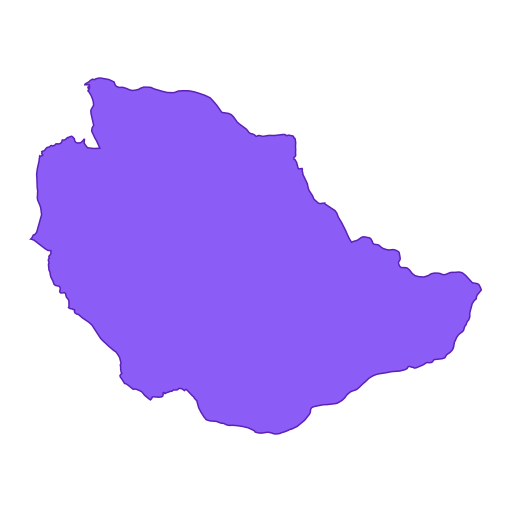 the district of Sarateni, Mures, Romania
{"feature_id": "2599482B70321377135437", "entity_name": "Sarateni", "entity_type": "district", "adm_level": 2, "iso_a3": "ROU", "parent_name": "Romania", "parent_adm1": "Mures", "projection": "natural_earth1", "projection_center": [25.019, 46.575], "detail": "fine", "context": "isolated", "style": "filled", "palette": "violet", "viewbox_px": 512, "rotation_deg": 0, "n_neighbors": 0, "source": "geoboundaries", "source_scale": "gbopen_adm2", "svg_char_len": 5922}
<svg xmlns="http://www.w3.org/2000/svg" viewBox="0 0 512 512"><path d="M445.0,357.6L445.9,355.9L446.7,354.7L450.2,352.3L452.2,350.1L452.8,349.1L453.2,348.2L453.7,346.5L454.4,342.3L455.5,340.1L456.6,337.5L458.4,334.9L460.2,333.3L462.3,331.8L463.5,330.5L464.5,327.1L465.1,325.9L466.1,324.7L466.9,322.1L468.7,319.8L469.3,318.5L469.8,316.6L469.8,312.8L472.2,303.7L474.2,300.6L476.0,299.1L476.3,298.7L476.5,296.7L477.0,295.3L481.3,290.0L480.5,287.6L478.9,284.6L478.2,284.1L477.1,283.6L472.4,282.8L465.6,275.4L462.6,273.0L461.2,272.4L459.7,272.2L458.4,272.0L456.1,272.3L450.9,272.4L448.3,273.3L445.9,274.4L444.2,274.7L442.8,274.6L439.8,273.4L437.3,273.1L434.2,273.1L431.8,273.6L430.5,274.1L428.7,275.4L423.9,277.0L419.1,276.7L415.1,275.7L412.1,273.4L409.8,270.3L407.5,268.2L406.0,267.7L401.3,267.5L400.8,267.3L399.8,266.3L399.4,265.7L398.6,263.6L398.5,262.6L398.9,261.5L399.8,260.2L400.2,258.9L399.9,256.3L399.1,252.3L398.2,251.5L395.8,250.2L394.1,249.7L392.6,249.6L388.9,250.0L386.6,249.6L383.2,248.5L381.4,247.4L378.8,245.1L377.5,244.7L374.4,244.3L373.5,243.9L372.7,242.9L372.3,241.4L370.9,238.9L369.9,238.1L369.0,237.6L368.0,237.6L364.9,236.9L362.7,236.9L361.1,237.6L357.9,239.9L356.2,240.7L354.0,241.2L351.5,242.2L349.5,239.0L347.5,234.9L345.7,230.7L341.6,222.6L338.4,217.3L336.8,213.1L335.1,210.7L324.9,203.9L324.8,203.0L320.1,203.6L318.3,203.1L314.2,199.4L313.6,198.5L312.5,195.7L309.1,190.5L308.2,188.0L307.3,183.6L302.9,174.4L302.8,173.2L302.1,170.2L302.4,169.3L302.1,168.5L300.6,168.6L299.4,168.9L298.3,168.7L297.0,164.0L296.7,162.6L295.0,159.7L294.8,159.4L294.2,159.4L293.8,158.9L293.8,158.2L294.1,157.3L295.3,156.4L295.7,155.4L295.5,151.9L295.7,150.6L295.5,146.4L295.7,142.5L295.1,138.8L294.6,138.1L293.9,138.0L293.5,136.4L292.5,135.9L288.5,135.1L286.8,135.7L284.8,134.5L282.9,134.5L274.4,135.5L268.9,135.4L263.0,136.4L259.3,135.5L258.0,135.6L256.7,136.3L256.0,136.3L254.8,135.1L253.8,134.5L252.4,133.9L250.8,133.7L248.9,132.4L247.2,130.1L246.3,129.1L239.4,124.0L237.3,122.2L233.4,116.7L231.2,114.6L228.5,113.4L221.8,112.4L216.9,105.4L212.4,100.2L210.1,97.8L205.1,95.4L199.1,93.3L194.1,91.8L188.8,90.8L183.6,90.7L178.3,91.0L174.8,92.4L173.1,92.7L167.3,92.5L162.3,91.3L154.1,88.9L150.9,87.4L148.2,87.2L143.7,87.1L140.3,88.3L138.8,89.3L135.1,90.2L132.1,90.5L129.5,89.8L126.1,88.3L122.6,87.3L119.1,87.4L116.4,86.4L115.2,84.9L114.0,81.9L108.8,79.5L101.6,78.2L99.7,78.0L97.3,78.4L95.4,79.0L94.7,79.7L92.4,79.2L90.3,80.5L88.8,81.9L86.1,83.4L84.9,84.3L84.8,84.8L89.0,84.7L89.4,85.1L89.6,88.2L89.4,88.4L88.2,86.8L87.9,87.4L88.6,89.1L88.8,90.0L88.6,90.4L88.0,90.5L88.0,90.9L89.0,92.0L90.9,95.1L92.3,98.4L93.3,101.7L93.6,105.2L91.4,109.1L90.8,110.7L91.0,113.4L93.7,125.3L92.2,127.7L91.8,129.5L91.7,131.1L94.7,137.7L96.6,141.0L99.9,148.2L93.8,148.5L87.8,147.8L87.3,147.5L85.3,144.9L84.1,142.9L84.5,139.4L84.1,139.2L82.6,141.0L81.0,142.5L79.7,142.9L78.4,142.9L77.8,143.1L76.6,142.7L75.6,142.1L74.8,141.0L74.3,138.6L73.6,138.0L72.8,137.0L71.8,136.3L71.3,136.3L69.0,137.1L68.5,137.6L67.6,137.5L67.1,137.8L66.8,138.4L64.7,139.9L63.8,140.1L62.4,139.9L62.1,140.3L61.9,141.7L61.1,142.8L60.4,143.4L59.0,143.9L56.0,143.8L55.1,144.9L53.4,145.7L52.6,146.0L51.6,145.5L50.7,145.7L49.5,146.9L47.3,147.4L46.6,147.8L44.7,150.2L43.9,150.9L42.2,151.3L41.7,151.7L42.1,152.8L41.7,153.6L42.8,155.0L42.1,155.6L40.9,156.1L40.1,156.1L39.8,155.8L39.5,156.4L39.7,157.4L39.3,158.3L39.0,161.3L37.3,168.9L36.6,174.6L36.9,178.2L37.2,187.7L37.7,191.1L37.3,198.2L37.8,200.4L39.9,205.3L40.7,207.8L41.6,214.7L36.6,232.4L34.5,234.8L33.4,234.9L31.4,238.7L31.1,238.7L30.7,239.1L31.9,239.3L34.2,240.3L45.2,248.8L48.1,250.5L50.9,250.6L50.9,253.3L50.4,254.7L49.4,255.4L48.8,256.9L49.3,258.4L48.4,259.2L48.4,261.0L49.2,262.9L48.5,263.9L48.5,265.4L49.0,270.2L49.6,271.3L50.2,273.0L50.1,273.8L50.9,277.1L52.9,281.0L54.0,284.2L55.3,285.4L59.0,286.2L59.9,287.2L60.3,288.4L59.7,291.6L60.0,292.3L60.9,293.0L64.6,292.7L65.5,293.6L66.4,297.2L68.0,299.0L68.9,300.8L69.0,306.6L68.5,307.5L69.2,308.1L70.6,308.8L72.1,308.9L73.2,309.6L74.4,309.7L74.7,310.5L74.4,311.5L74.9,312.8L76.6,314.0L78.6,314.6L82.3,317.8L88.9,322.3L91.9,325.0L100.6,338.4L102.8,340.7L108.8,346.3L113.5,350.3L115.9,351.9L117.4,353.9L119.3,356.9L119.8,358.2L120.9,362.6L121.0,363.6L120.3,364.8L120.3,365.3L120.6,366.2L120.7,369.8L121.3,372.6L121.8,373.0L121.8,373.3L120.5,374.7L120.0,375.5L120.0,375.9L120.5,377.4L121.7,378.8L124.5,383.4L124.9,383.6L125.3,383.4L127.6,384.8L133.2,389.3L134.8,389.0L136.4,389.3L140.0,390.8L142.0,392.0L144.6,395.3L148.6,398.6L150.4,399.9L151.7,398.6L152.2,397.1L153.7,396.8L158.7,397.2L161.6,396.9L162.8,396.0L163.1,394.8L163.1,393.0L163.5,392.5L164.5,392.9L164.8,393.5L165.3,393.5L166.5,392.7L168.3,392.2L169.7,391.5L171.9,391.2L173.5,390.0L176.1,390.0L177.6,389.7L178.8,388.5L181.7,388.6L182.6,389.4L183.3,389.7L184.4,390.6L185.3,389.8L186.0,389.4L186.9,390.0L192.2,395.6L193.6,396.7L194.5,398.4L196.8,400.8L198.7,407.8L200.8,411.9L203.9,416.8L206.2,419.7L210.0,420.9L216.4,421.4L220.8,423.1L223.6,423.4L226.5,424.8L229.0,425.4L232.8,425.3L237.5,425.7L242.7,426.5L248.2,427.8L253.3,430.2L255.0,431.4L255.1,432.0L257.5,432.7L259.3,433.0L261.5,433.1L267.8,432.2L271.1,432.8L273.5,433.7L275.7,434.0L277.6,433.8L279.9,433.5L281.2,432.8L284.3,431.9L287.7,430.6L290.9,429.0L291.2,429.2L292.9,428.5L297.2,426.4L304.7,420.2L309.4,414.3L310.3,412.3L310.7,409.2L311.2,408.2L312.4,407.2L314.1,406.6L322.3,404.9L324.0,404.7L327.2,404.6L335.5,403.6L337.5,403.1L340.9,401.1L342.0,400.4L344.8,397.8L346.8,394.9L350.0,392.2L351.5,391.3L355.8,389.9L357.3,389.0L359.7,386.9L362.2,384.4L365.8,381.3L368.9,378.3L372.6,376.0L376.2,374.5L378.6,373.9L386.3,372.7L391.8,371.6L399.3,371.1L404.3,369.9L406.6,368.9L407.3,368.3L407.9,367.0L408.9,366.5L409.8,366.5L411.4,367.1L413.1,367.4L414.4,368.1L416.5,367.7L423.5,364.7L425.9,363.0L426.8,362.6L429.9,362.7L431.6,362.4L432.6,361.7L433.6,360.1L434.4,359.6L442.2,358.7L444.6,357.9L445.0,357.6Z" fill="#8b5cf6" stroke="#5b21b6" stroke-width="1.5"/></svg>